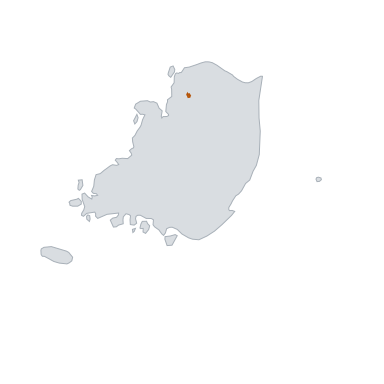 Songpa-gu, Seoul, South Korea shown in context, rotated 33°
{"feature_id": "91817680B10131618900015", "entity_name": "Songpa-gu", "entity_type": "district", "adm_level": 2, "iso_a3": "KOR", "parent_name": "South Korea", "parent_adm1": "Seoul", "projection": "robinson", "projection_center": [127.12, 37.494], "detail": "fine", "context": "in_parent", "style": "filled", "palette": "amber", "viewbox_px": 384, "rotation_deg": 33, "n_neighbors": 0, "source": "geoboundaries", "source_scale": "gbopen_adm2", "svg_char_len": 3631}
<svg xmlns="http://www.w3.org/2000/svg" viewBox="0 0 384 384"><g transform="rotate(33 192 192)"><path d="M116.6,98.6L117.9,97.7L118.0,96.3L118.0,91.9L121.6,88.8L126.7,82.4L129.2,79.0L132.1,75.7L135.4,73.6L138.6,72.5L143.8,72.1L153.6,72.5L155.5,72.1L162.3,71.8L163.9,72.4L168.9,72.7L174.3,72.3L177.1,71.4L179.7,69.8L181.9,66.9L184.2,61.6L186.6,57.4L188.1,56.6L198.2,78.9L207.9,93.4L216.1,103.8L228.0,123.9L231.5,134.7L231.9,141.3L233.9,150.5L232.3,155.7L232.9,164.0L232.2,168.3L230.8,171.4L230.8,177.4L231.2,180.6L231.3,184.9L232.3,186.6L233.6,187.2L235.7,185.6L238.4,185.0L237.9,190.1L234.9,203.1L232.2,212.5L228.5,220.8L223.8,228.3L218.1,231.3L214.1,232.3L206.4,232.7L200.0,231.4L194.6,232.3L192.4,233.9L190.7,236.6L192.0,240.8L191.8,243.9L189.5,243.6L184.8,241.8L179.6,241.6L177.2,240.7L174.8,236.3L172.3,236.4L168.0,239.1L161.4,239.6L159.1,241.1L158.3,242.9L159.2,245.2L162.6,248.3L161.5,251.3L158.0,252.9L155.2,249.1L153.4,245.4L151.5,245.2L148.5,246.2L147.9,250.2L149.3,253.0L151.6,256.1L148.4,259.8L147.5,262.4L145.2,264.2L138.8,260.1L139.7,257.1L142.5,254.3L142.8,251.4L141.9,249.6L132.9,257.0L127.3,265.5L124.3,264.8L123.1,262.7L121.4,261.8L115.4,267.2L114.2,271.5L112.0,271.7L111.1,269.9L111.0,266.0L110.0,262.7L103.8,257.9L100.9,253.7L102.5,251.4L107.6,252.7L111.8,252.5L111.0,250.5L109.6,249.6L112.4,248.4L114.7,246.2L112.8,245.5L109.9,246.9L107.5,246.2L106.5,240.7L103.6,235.1L102.1,229.7L105.0,226.6L106.5,221.7L109.2,214.6L110.5,212.4L114.3,210.7L115.6,208.9L113.5,208.0L110.3,207.1L110.4,205.1L112.6,204.0L115.1,201.7L119.9,199.0L121.4,193.9L120.0,192.6L117.0,191.4L117.7,188.8L118.9,186.8L118.5,185.6L114.9,182.2L112.6,179.2L113.3,175.7L112.8,170.5L113.1,166.1L112.9,163.7L111.2,158.3L110.5,152.9L108.2,153.7L106.4,155.0L99.8,153.1L97.8,153.0L96.9,149.0L99.3,144.0L104.9,139.7L108.1,139.2L110.5,137.2L114.2,136.6L118.7,139.6L122.8,140.2L125.0,145.3L126.4,146.4L126.7,144.5L129.9,142.3L130.7,140.6L130.0,139.7L126.2,138.8L122.9,132.5L122.4,129.7L121.2,128.0L123.0,122.9L119.1,117.1L117.3,115.3L117.5,110.1L115.5,106.8L114.4,105.0L113.7,101.9L114.3,100.5L116.1,99.9L116.6,98.6ZM103.4,326.3L101.5,327.4L99.7,326.7L99.2,326.2L97.1,323.3L96.6,321.8L98.0,319.0L103.8,314.4L118.8,310.0L121.5,309.8L127.4,311.7L128.7,315.2L127.6,318.3L126.3,320.4L119.4,323.9L114.0,325.5L103.4,326.3ZM204.2,247.5L200.3,250.5L195.0,246.4L193.7,244.1L197.7,240.8L201.1,236.9L203.4,236.7L204.2,247.5ZM176.1,247.1L175.6,252.0L172.7,252.2L170.9,249.1L169.0,250.6L168.0,250.6L166.6,246.7L166.3,243.7L169.8,241.3L171.9,242.7L174.9,243.4L176.1,247.1ZM99.6,268.9L96.9,269.6L95.4,267.9L94.4,267.5L95.0,265.2L99.3,260.8L100.2,259.2L104.2,260.1L105.7,262.5L103.9,266.1L99.6,268.9ZM111.9,100.9L111.7,107.4L109.5,107.2L107.9,106.5L107.3,105.2L105.7,99.1L107.5,96.6L110.8,98.6L111.9,100.9ZM97.1,250.8L96.5,252.0L94.7,251.7L92.8,248.2L92.1,245.5L90.2,244.0L93.2,241.6L96.9,245.9L97.1,250.8ZM107.5,162.9L107.0,166.1L104.2,164.0L103.5,156.9L106.3,159.0L107.5,162.9ZM293.1,113.7L291.2,115.2L289.0,113.7L288.7,112.2L289.8,110.8L292.5,110.0L293.8,111.2L293.1,113.7ZM121.3,270.2L122.0,272.6L118.6,272.1L116.8,269.8L117.1,267.9L119.1,267.6L121.3,270.2ZM165.0,256.6L164.5,258.2L162.4,255.8L164.4,253.3L165.0,256.6Z" fill="#d9dde1" stroke="#a8b0b8" stroke-width="1"/><path d="M138.1,112.2L136.7,111.8L136.8,111.5L136.2,111.3L135.5,112.1L135.2,112.3L134.8,112.2L134.6,112.0L134.6,112.4L134.6,112.7L134.7,113.0L135.2,113.4L135.6,113.4L136.1,113.3L136.2,113.5L136.3,113.7L136.5,114.2L137.2,114.6L137.4,114.3L137.9,114.1L138.0,113.9L138.4,113.5L138.4,113.4L138.1,113.0L137.8,112.7L138.1,112.3L138.1,112.2Z" fill="#f59e0b" stroke="#b45309" stroke-width="1.5"/></g></svg>